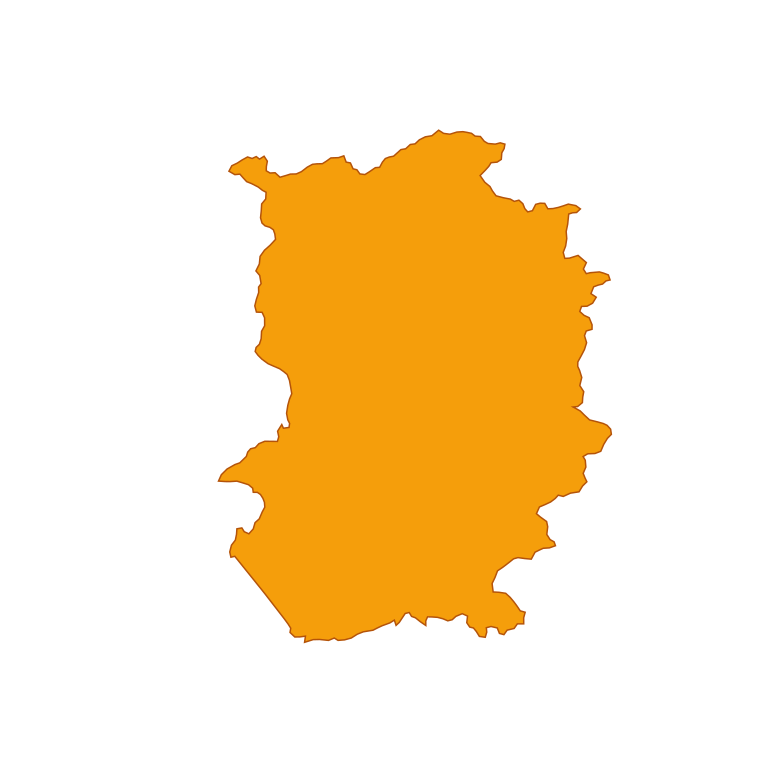 Paraibuna, São Paulo, Brazil (Albers equal-area conic projection), rotated 204°
{"feature_id": "56859067B40325291288871", "entity_name": "Paraibuna", "entity_type": "district", "adm_level": 2, "iso_a3": "BRA", "parent_name": "Brazil", "parent_adm1": "São Paulo", "projection": "albers", "projection_center": [-45.64, -23.474], "detail": "fine", "context": "isolated", "style": "filled", "palette": "amber", "viewbox_px": 768, "rotation_deg": 204, "n_neighbors": 0, "source": "geoboundaries", "source_scale": "gbopen_adm2", "svg_char_len": 4407}
<svg xmlns="http://www.w3.org/2000/svg" viewBox="0 0 768 768"><g transform="rotate(204 384 384)"><path d="M601.0,535.9L604.8,530.9L607.9,526.1L611.8,521.5L612.2,515.3L605.4,514.6L601.0,517.1L596.2,514.9L591.8,513.0L586.4,513.2L579.1,512.8L573.9,511.5L569.7,511.2L567.3,504.9L569.0,498.7L566.5,492.1L564.4,485.6L560.9,481.4L557.0,480.1L552.0,480.7L547.8,479.9L544.8,476.7L541.9,472.0L544.5,464.4L547.6,457.6L549.1,450.2L546.7,442.9L547.0,435.2L541.7,432.6L537.1,425.7L538.0,421.5L535.7,416.6L535.0,409.3L533.8,402.8L529.8,397.8L524.5,399.9L520.0,395.9L516.7,388.6L517.3,382.4L514.6,375.3L514.0,369.6L515.7,365.4L514.9,361.3L510.8,359.0L505.6,357.0L498.2,355.4L492.5,355.4L485.6,355.5L481.1,354.6L476.3,353.3L471.8,348.8L467.6,342.6L464.3,337.6L464.2,331.9L463.2,325.4L461.1,317.6L457.3,312.1L454.2,309.6L453.1,305.7L457.9,302.7L460.9,305.4L462.0,297.6L458.7,293.0L458.0,288.2L469.6,283.2L474.0,278.6L475.7,273.5L479.5,270.6L480.8,266.4L480.3,261.8L483.7,253.3L487.4,249.8L492.8,242.5L495.7,235.0L495.7,228.0L489.4,230.3L485.0,232.2L478.9,235.4L473.8,236.1L466.8,236.9L461.6,235.4L459.4,231.9L455.6,233.5L451.9,232.8L448.1,230.3L445.1,227.3L442.8,223.0L443.2,217.5L443.1,210.1L445.4,204.9L444.5,198.4L446.5,192.2L451.6,192.2L455.3,194.7L459.5,191.9L457.6,186.7L456.3,180.9L457.8,174.7L456.6,167.8L453.4,163.5L450.2,165.9L412.2,146.4L407.4,143.9L379.7,129.0L374.1,125.8L369.9,123.0L368.8,118.8L362.6,116.6L357.9,118.8L353.2,121.7L351.5,115.7L344.7,121.7L339.0,124.4L330.4,127.2L326.1,131.7L321.7,131.1L316.0,134.2L310.6,138.6L306.6,144.6L302.1,149.2L293.9,154.6L290.6,158.7L287.4,162.4L281.5,168.1L278.5,172.5L274.8,168.4L273.1,172.4L271.3,183.0L268.0,185.5L264.3,182.9L260.2,183.2L254.1,181.6L247.6,180.4L249.5,184.6L249.5,189.0L245.4,190.7L240.2,192.6L234.7,193.5L229.4,193.6L225.8,196.4L223.8,201.0L219.1,206.0L213.3,206.0L211.3,199.6L206.8,196.8L203.0,197.5L198.9,195.4L194.2,192.2L188.5,193.8L189.2,199.1L191.4,203.0L187.6,206.0L181.3,207.2L177.1,203.1L172.5,203.8L171.4,209.2L165.7,213.6L164.6,219.1L158.8,221.7L161.3,227.2L162.2,232.9L167.3,232.2L172.1,235.2L176.7,237.8L181.8,240.3L187.7,242.3L194.2,240.5L199.7,238.4L204.1,245.7L203.9,252.4L204.3,259.5L200.6,265.5L197.0,272.2L194.5,277.0L191.0,279.9L184.4,281.8L178.2,283.9L177.6,291.8L174.6,295.4L171.7,298.7L166.2,301.6L161.6,306.0L164.4,309.0L169.0,309.4L174.1,312.8L176.4,320.2L179.5,324.5L187.1,326.1L192.0,327.5L192.0,334.9L187.7,339.5L183.8,344.0L181.0,349.1L179.6,353.3L174.5,354.2L169.3,360.1L162.0,364.8L161.1,371.6L158.9,377.2L162.1,379.9L165.7,383.4L165.8,390.2L169.1,396.2L172.6,398.7L169.5,403.1L163.0,406.3L158.6,410.7L158.7,418.2L157.8,425.2L155.8,430.5L158.6,434.9L163.4,437.0L167.6,437.1L173.7,436.2L181.6,434.8L188.3,437.1L193.8,439.2L201.9,439.9L197.9,442.2L195.2,447.7L197.1,452.8L198.4,458.2L204.5,462.2L206.0,470.4L210.8,475.9L214.2,478.9L215.9,483.0L215.3,490.2L214.9,497.1L215.7,504.1L220.5,509.7L220.8,514.7L216.2,518.6L218.0,522.7L223.5,528.0L229.2,528.1L234.7,529.9L235.1,535.2L230.1,537.7L226.3,542.7L225.4,549.6L231.7,550.7L232.0,558.1L228.4,561.6L225.0,564.2L223.1,568.5L219.8,571.0L223.4,574.9L228.6,574.6L232.8,574.0L240.8,569.6L244.1,567.1L248.6,570.1L248.5,577.2L259.0,580.4L265.8,574.4L269.9,572.3L273.8,577.1L274.2,584.0L276.2,591.2L279.6,597.4L281.2,604.7L283.1,610.5L284.4,614.4L281.4,617.1L277.8,619.0L275.8,623.8L281.3,625.0L288.8,623.3L292.4,619.9L296.6,616.2L301.0,613.0L305.6,610.7L310.6,614.4L314.9,612.7L318.5,609.8L318.9,602.7L322.7,599.7L326.7,601.5L330.5,605.2L335.5,606.8L339.3,603.8L343.8,604.3L350.7,602.7L358.2,601.5L363.5,604.5L367.5,607.5L374.0,609.3L381.0,613.5L378.5,620.2L376.8,625.4L376.2,629.7L370.9,632.7L368.2,636.9L370.4,643.1L370.0,647.9L371.1,652.3L375.9,651.6L379.9,648.4L386.9,646.0L391.1,646.5L396.6,649.3L401.6,647.5L406.0,648.6L410.7,647.6L414.6,646.6L419.9,643.8L425.4,639.0L431.5,637.2L437.3,638.1L441.2,630.3L446.8,626.6L451.0,621.5L453.3,616.0L457.4,613.5L459.9,607.7L463.9,605.0L467.9,596.0L471.5,593.5L474.5,590.5L475.7,585.9L476.1,580.2L479.9,578.1L483.7,571.9L486.6,567.6L491.5,566.1L495.9,568.7L499.8,568.0L504.6,572.3L508.8,571.3L513.5,576.1L517.6,572.3L524.5,568.9L527.3,564.1L529.9,560.2L534.9,557.8L538.7,555.6L542.3,550.9L545.8,544.4L549.6,540.2L554.9,537.7L557.9,535.0L563.1,530.6L569.4,532.7L573.9,530.4L578.3,530.9L579.9,534.8L581.2,540.1L586.2,543.3L589.2,538.8L593.2,539.8L596.2,536.4L601.0,535.9Z" fill="#f59e0b" stroke="#b45309" stroke-width="1.5"/></g></svg>